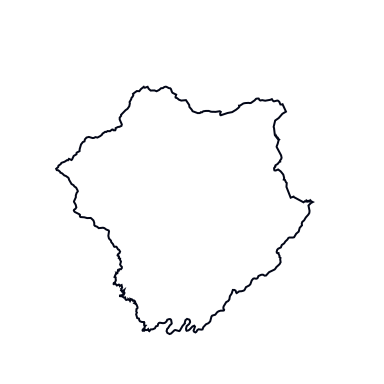 the district of Cali, Valle del Cauca, Colombia, rotated 51°
{"feature_id": "7082276B61798378462298", "entity_name": "Cali", "entity_type": "district", "adm_level": 2, "iso_a3": "COL", "parent_name": "Colombia", "parent_adm1": "Valle del Cauca", "projection": "albers", "projection_center": [-76.552, 3.411], "detail": "fine", "context": "isolated", "style": "outline", "palette": "ink", "viewbox_px": 384, "rotation_deg": 51, "n_neighbors": 0, "source": "geoboundaries", "source_scale": "gbopen_adm2", "svg_char_len": 6038}
<svg xmlns="http://www.w3.org/2000/svg" viewBox="0 0 384 384"><g transform="rotate(51 192 192)"><path d="M304.2,268.3L303.6,264.4L304.3,261.7L304.0,259.3L301.0,255.2L300.8,254.1L302.0,251.1L301.3,248.3L301.4,246.5L302.2,244.5L303.9,242.3L304.1,241.7L303.7,241.1L302.5,241.0L301.6,240.4L300.8,239.4L299.1,234.7L299.5,232.5L299.0,230.6L296.8,228.1L295.9,225.1L293.8,221.9L294.8,220.7L296.0,220.2L298.1,221.0L298.7,220.9L298.9,217.9L300.3,215.9L301.2,213.8L301.1,212.5L299.9,210.0L300.6,206.4L300.4,204.7L298.3,201.2L297.9,199.0L298.3,198.0L299.7,196.8L300.1,196.0L300.1,195.1L299.1,193.2L299.9,190.3L300.9,188.9L302.7,188.2L303.5,187.0L302.8,182.6L304.2,176.6L304.0,175.2L303.5,174.0L303.2,169.4L302.3,167.3L299.8,165.8L298.9,164.7L297.6,165.0L296.6,164.1L295.0,163.8L293.9,163.2L293.5,163.9L292.6,164.3L291.7,163.8L290.5,162.1L290.3,160.7L291.0,157.8L289.7,155.6L289.9,152.7L289.2,150.6L289.0,147.8L288.4,146.1L288.6,145.1L290.9,142.2L291.4,141.1L290.0,137.3L289.9,134.0L287.6,130.8L287.1,127.5L285.5,126.5L284.6,125.0L284.6,122.8L283.4,119.6L282.8,115.8L282.1,114.0L280.6,112.5L275.8,110.0L275.4,106.5L275.8,104.5L274.3,105.2L272.8,105.3L273.1,107.0L272.7,107.2L272.6,106.5L271.7,107.7L272.4,107.9L272.2,108.3L270.6,108.5L271.1,109.5L270.2,110.1L270.2,111.8L259.9,116.1L259.5,116.0L258.5,118.9L247.5,115.4L244.6,112.7L243.4,112.8L241.1,112.2L240.1,112.9L239.2,111.6L235.9,110.1L231.8,110.1L228.7,110.9L228.0,113.4L227.1,114.3L226.6,114.2L225.1,113.2L224.8,111.4L224.4,111.4L223.8,110.3L224.1,107.7L223.6,105.6L223.9,104.3L223.0,103.9L222.4,101.7L221.7,100.8L219.6,99.7L210.4,97.9L209.9,97.6L208.4,95.0L206.1,91.9L206.1,91.3L204.6,91.5L204.6,91.3L204.0,91.2L203.6,91.2L203.4,91.6L202.8,91.5L203.3,91.9L199.9,91.8L193.9,88.0L192.8,87.6L188.8,82.4L189.1,78.1L188.1,72.5L188.7,68.4L180.8,66.4L180.6,67.1L179.6,68.2L176.8,67.4L175.2,67.7L174.6,68.2L173.1,71.3L171.9,71.7L170.1,71.5L169.6,73.2L167.1,77.7L164.8,79.6L163.9,81.3L163.1,81.6L161.3,81.4L160.3,82.7L159.9,83.6L160.2,85.7L159.9,90.0L159.4,91.0L158.3,92.0L156.3,94.8L155.5,96.4L155.1,100.2L154.5,101.1L155.6,101.7L155.8,102.7L155.8,105.9L155.2,110.5L153.0,114.6L150.5,121.3L149.9,121.5L148.9,120.9L147.8,119.2L146.7,119.6L144.6,123.2L141.6,126.7L139.6,127.9L137.6,130.4L136.4,132.4L136.3,134.3L135.6,134.8L135.6,136.2L134.3,137.9L129.6,140.7L127.7,140.4L124.3,140.5L122.5,139.4L116.8,138.9L114.2,142.8L112.2,144.0L109.8,144.5L108.4,145.3L107.8,145.1L106.4,143.0L102.7,144.7L101.5,144.6L98.8,143.6L97.8,143.6L96.7,144.6L94.1,145.7L93.4,146.5L93.0,147.5L92.9,149.3L91.9,150.7L92.0,153.4L91.4,156.1L89.4,157.3L87.1,160.3L84.5,160.7L82.3,160.3L81.3,163.0L80.8,163.4L79.9,163.3L79.9,167.1L80.5,169.5L78.8,171.4L78.6,176.1L79.7,176.5L80.5,178.0L80.8,179.8L81.7,181.0L82.8,183.9L84.0,184.5L85.9,186.8L86.8,189.9L86.6,192.1L87.4,198.6L88.2,199.1L88.7,201.4L90.2,202.6L95.3,204.0L96.2,205.2L95.7,207.3L94.9,208.6L94.3,211.1L95.5,212.2L95.7,212.9L94.6,214.2L93.7,214.2L93.2,214.7L93.1,217.5L91.5,219.3L91.4,220.8L90.6,221.6L90.3,224.9L90.8,225.8L90.8,228.0L90.2,231.2L88.6,232.5L88.2,234.3L87.5,235.3L84.3,237.5L83.3,239.7L83.7,242.1L85.0,243.7L84.5,245.4L85.2,248.3L87.9,252.2L89.5,253.7L88.9,256.5L89.0,257.2L90.0,258.1L89.5,261.2L91.2,264.6L91.3,265.5L88.8,266.8L89.3,268.4L88.6,269.1L88.3,272.0L87.2,275.1L87.7,276.6L87.5,279.2L88.4,280.3L88.5,283.0L89.9,283.3L91.1,282.2L93.4,281.8L94.1,282.1L95.8,281.2L98.8,280.8L100.0,280.0L102.8,279.2L103.8,279.2L105.0,279.8L110.0,280.6L112.1,279.8L113.7,279.9L115.7,279.3L119.0,280.0L119.7,280.4L120.1,282.2L121.5,284.4L123.0,285.6L124.9,289.4L125.3,289.9L128.7,290.4L131.2,291.6L131.7,293.2L131.6,294.8L131.9,295.4L132.9,295.7L133.9,295.6L138.5,293.5L139.4,293.5L139.9,294.2L140.9,294.5L141.4,294.3L143.9,291.6L146.3,289.9L148.3,287.2L148.9,286.9L152.1,286.5L154.3,287.3L156.3,288.8L157.2,288.8L159.3,287.6L161.4,287.2L163.8,283.6L165.0,282.8L167.1,282.3L169.4,281.0L170.3,281.2L173.4,284.6L175.9,285.8L178.7,285.6L180.2,286.3L182.8,286.2L185.2,286.9L185.8,286.8L186.7,285.4L187.3,285.2L190.1,285.6L191.0,285.1L193.1,285.4L193.9,287.0L193.7,288.1L194.3,289.7L194.7,289.8L196.0,289.3L196.8,289.7L197.2,290.5L198.2,290.3L198.6,289.9L199.1,290.5L201.4,291.0L203.1,293.5L204.5,293.8L205.9,293.6L206.9,294.3L207.3,295.8L206.3,297.1L207.0,298.3L206.2,298.7L208.0,300.9L207.3,301.5L207.9,301.6L208.0,302.2L207.7,302.7L209.3,305.7L210.4,305.1L211.4,306.0L212.6,306.6L213.7,308.5L213.5,310.0L214.1,310.8L214.5,310.7L214.4,309.3L217.4,309.2L217.8,307.3L218.1,307.0L219.2,307.2L219.0,306.8L219.4,306.6L219.1,306.4L219.7,306.5L220.0,305.3L222.4,306.5L222.7,308.1L223.5,308.2L223.8,308.9L224.2,308.6L225.0,309.0L225.5,307.5L225.5,306.5L227.0,309.1L227.8,309.0L227.6,307.9L228.0,308.0L228.9,309.8L227.1,313.1L227.6,313.5L229.2,311.9L231.2,311.4L231.8,310.3L233.4,311.2L234.5,311.1L235.1,309.7L236.0,309.0L235.6,308.8L236.6,308.5L237.7,308.7L237.3,307.7L237.5,307.1L236.7,306.9L237.8,306.2L239.6,306.3L239.7,305.4L241.2,305.1L241.7,305.4L242.0,306.8L242.5,306.5L242.4,305.8L243.3,305.8L243.5,306.3L244.6,306.0L247.2,306.8L248.0,307.6L248.0,308.8L249.9,310.6L251.0,310.7L251.9,312.4L255.5,313.9L257.0,312.9L258.6,313.7L259.7,313.8L261.3,312.9L262.9,311.1L263.8,311.4L264.1,312.1L265.6,313.1L266.6,312.2L266.8,313.2L267.9,314.6L267.7,315.6L268.2,317.4L268.8,317.6L269.8,316.4L269.5,315.1L270.5,314.5L271.1,313.5L271.0,312.4L272.7,312.9L273.3,312.7L272.8,310.6L274.0,308.9L274.6,306.6L273.7,304.7L274.4,302.9L273.2,301.3L273.0,300.1L273.3,299.3L275.7,297.1L276.6,295.6L276.6,293.4L275.7,291.6L276.4,289.7L277.3,288.8L278.4,288.8L281.3,290.4L281.6,291.0L281.7,293.2L282.7,296.2L282.7,297.3L284.1,299.3L286.0,299.8L288.3,298.8L288.8,297.3L288.4,292.6L288.9,291.7L292.0,289.5L292.1,288.7L290.1,283.5L289.6,280.2L289.2,280.1L287.5,277.8L287.5,275.7L289.5,274.4L290.6,274.6L291.9,275.3L292.8,277.2L292.9,280.6L294.5,282.7L295.9,283.5L296.5,283.5L297.2,282.1L297.4,280.6L296.8,276.3L297.3,274.4L298.5,274.4L300.8,278.1L302.0,278.3L303.3,277.7L303.4,276.7L302.7,274.7L302.8,273.3L304.9,271.3L305.4,270.3L304.2,268.3Z" fill="none" stroke="#020617" stroke-width="2"/></g></svg>